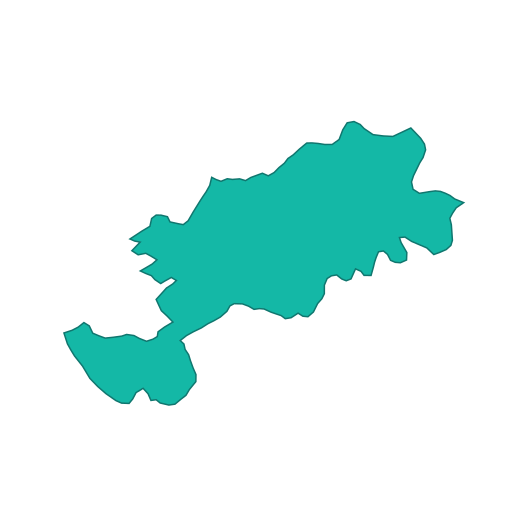 Ananindeua, Pará, Brazil (Albers equal-area conic projection), rotated 61°
{"feature_id": "56859067B63914289904635", "entity_name": "Ananindeua", "entity_type": "district", "adm_level": 2, "iso_a3": "BRA", "parent_name": "Brazil", "parent_adm1": "Pará", "projection": "albers", "projection_center": [-48.38, -1.343], "detail": "fine", "context": "isolated", "style": "filled", "palette": "teal", "viewbox_px": 512, "rotation_deg": 61, "n_neighbors": 0, "source": "geoboundaries", "source_scale": "gbopen_adm2", "svg_char_len": 2563}
<svg xmlns="http://www.w3.org/2000/svg" viewBox="0 0 512 512"><g transform="rotate(61 256 256)"><path d="M340.9,99.8L341.9,93.7L342.6,86.5L341.2,80.4L337.5,76.6L323.4,70.0L317.0,68.2L313.9,63.4L310.9,57.5L310.0,48.5L302.4,54.6L297.1,57.0L292.9,60.0L288.9,63.4L286.0,67.6L283.9,72.9L280.4,82.7L273.8,86.3L266.6,84.1L262.1,79.3L253.9,67.6L250.9,62.2L245.4,56.2L239.8,54.4L232.9,54.9L219.1,58.5L217.8,78.3L212.7,86.5L206.6,94.8L196.9,99.7L191.5,101.1L185.9,105.1L183.7,111.7L187.7,118.9L194.4,126.8L195.4,135.3L191.8,141.8L187.7,147.1L184.2,152.3L181.8,156.9L183.5,166.0L185.6,174.5L186.2,180.8L188.6,186.2L189.8,193.0L191.8,199.7L191.8,206.4L186.7,210.3L185.9,215.4L184.8,222.5L185.0,228.6L180.6,232.9L177.6,239.5L174.5,243.7L173.7,250.4L169.7,253.9L165.7,256.6L171.8,262.2L175.7,268.5L178.1,273.3L180.6,278.0L183.5,283.2L186.9,289.3L192.3,298.3L193.3,304.4L190.3,308.1L184.5,314.7L178.7,314.4L174.2,319.3L171.8,323.5L172.6,329.1L178.6,334.4L178.9,343.6L179.5,351.4L180.0,358.0L184.2,354.8L187.7,350.6L191.2,362.0L197.8,358.5L200.2,351.1L205.2,347.9L211.3,344.5L212.7,350.6L212.9,357.8L213.0,364.4L217.8,360.9L222.5,357.0L227.6,355.9L233.9,352.7L233.7,347.9L233.7,340.5L238.8,337.5L240.1,342.4L240.6,349.8L243.5,358.2L245.6,364.4L257.9,365.3L265.6,362.8L273.5,360.7L273.8,370.4L274.8,378.4L278.6,381.4L278.8,386.4L277.5,393.1L271.4,398.1L266.4,401.3L261.9,407.2L261.0,412.2L257.9,420.2L254.7,427.7L249.6,432.1L244.4,436.2L236.3,435.7L230.8,438.8L232.0,446.0L231.8,452.9L230.2,461.3L236.3,462.5L241.4,463.5L248.3,463.5L255.4,463.2L268.2,461.1L282.6,460.6L293.4,457.7L303.6,454.0L314.6,448.6L319.5,444.9L323.4,438.5L321.3,433.2L317.3,427.1L317.0,418.9L324.1,417.2L331.4,417.9L333.3,413.0L338.1,411.1L344.1,404.5L346.3,398.7L344.8,390.7L343.9,384.8L340.5,379.0L336.7,369.5L330.6,366.0L323.4,365.3L315.8,364.1L309.7,362.8L303.3,363.3L298.0,361.7L293.2,363.3L291.9,355.3L291.9,347.5L292.4,338.7L291.9,330.9L292.2,324.3L292.1,316.8L290.3,308.3L287.0,303.0L287.1,298.2L291.3,291.1L296.3,286.8L301.7,283.6L303.6,278.6L306.3,274.6L312.4,270.1L316.6,266.3L320.3,262.9L325.0,260.8L327.0,255.2L326.4,246.9L331.4,244.2L334.3,240.0L332.8,232.9L327.5,225.2L325.3,219.1L322.1,214.5L314.6,210.3L310.2,204.7L309.9,199.6L311.7,194.6L317.6,192.2L321.4,189.1L322.1,184.0L315.5,175.2L320.3,171.6L325.3,170.9L328.8,164.8L322.6,158.7L318.9,155.3L315.5,151.6L311.7,146.8L313.4,142.1L318.4,140.2L325.0,140.4L329.0,137.3L331.9,133.0L332.5,126.3L326.1,122.4L314.6,122.6L309.4,121.6L311.7,116.5L318.7,112.8L331.7,102.7L340.9,99.8Z" fill="#14b8a6" stroke="#0f766e" stroke-width="1.5"/></g></svg>